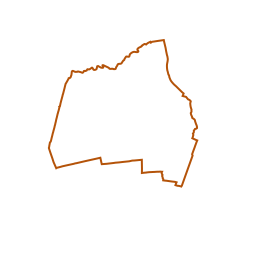 outline of Maracineni, Buzau, Romania, rotated 233°
{"feature_id": "2599482B67036070317980", "entity_name": "Maracineni", "entity_type": "district", "adm_level": 2, "iso_a3": "ROU", "parent_name": "Romania", "parent_adm1": "Buzau", "projection": "albers", "projection_center": [26.812, 45.202], "detail": "fine", "context": "isolated", "style": "outline", "palette": "amber", "viewbox_px": 256, "rotation_deg": 233, "n_neighbors": 0, "source": "geoboundaries", "source_scale": "gbopen_adm2", "svg_char_len": 4854}
<svg xmlns="http://www.w3.org/2000/svg" viewBox="0 0 256 256"><g transform="rotate(233 128 128)"><path d="M176.7,209.5L178.0,207.1L179.7,204.0L181.2,201.2L182.4,199.0L182.4,197.6L182.8,197.6L183.4,197.7L183.9,195.1L183.9,193.6L183.8,192.7L184.2,192.5L184.9,192.1L185.2,191.6L185.2,191.1L185.3,190.6L185.4,189.0L185.4,188.4L185.1,188.2L185.1,187.1L185.5,185.6L185.6,184.2L185.3,183.0L184.7,182.5L183.6,182.6L183.0,182.4L182.8,182.1L182.8,181.6L183.1,180.9L183.9,180.0L185.2,178.7L185.7,177.5L185.9,176.2L185.9,175.0L185.7,173.8L184.8,172.7L184.4,172.1L184.4,171.8L184.4,171.6L184.7,171.2L185.2,170.6L185.8,170.1L186.1,169.7L186.1,169.4L186.0,168.9L185.7,168.2L185.5,167.4L185.1,166.6L184.7,166.1L184.6,165.7L184.6,165.2L184.7,164.9L184.3,163.6L183.6,161.8L183.6,161.4L183.7,161.0L183.9,160.5L184.6,159.5L184.9,158.9L185.0,158.4L184.9,158.1L184.7,157.5L184.4,157.2L184.3,156.9L184.2,156.7L183.7,155.2L183.4,154.8L183.1,154.3L182.8,153.9L182.7,153.7L182.8,153.2L183.1,152.7L183.6,152.1L183.9,151.7L184.3,151.6L184.6,151.3L185.0,150.9L185.2,150.5L185.3,150.2L185.9,149.4L186.5,148.9L187.4,148.9L188.4,148.5L190.1,147.6L192.0,146.6L192.8,146.2L193.3,145.8L193.4,145.4L193.2,145.2L192.1,145.0L191.4,144.8L191.2,144.3L191.4,143.9L192.3,142.9L194.3,141.9L195.5,141.4L195.8,140.6L195.4,140.0L194.5,139.0L194.0,138.3L194.0,137.6L194.2,136.8L194.6,136.1L195.2,135.6L196.0,135.6L197.0,135.8L197.7,135.7L198.0,135.3L197.9,134.0L198.0,133.0L198.2,132.1L198.6,131.7L199.2,131.2L199.3,130.9L199.3,130.6L199.0,130.1L198.8,129.5L199.0,128.9L199.1,128.4L199.5,127.9L199.8,127.6L200.0,127.2L200.0,126.9L199.7,126.4L199.5,126.0L199.4,125.4L199.5,124.9L200.0,124.5L200.7,124.1L201.3,123.7L201.6,123.4L202.0,123.1L202.9,122.4L203.3,122.0L203.3,121.6L203.7,120.9L204.3,120.0L204.6,119.6L205.2,119.3L205.8,118.9L206.6,118.5L207.0,118.0L207.0,117.8L207.0,117.5L206.8,117.1L206.6,116.8L206.4,116.6L206.0,116.3L205.5,115.8L205.0,115.3L204.6,114.9L204.3,114.6L204.1,114.2L203.4,113.2L203.1,112.7L203.0,112.4L203.0,111.8L203.0,111.6L203.2,111.4L203.3,111.1L203.4,110.9L203.5,110.6L203.3,110.3L203.0,110.0L202.7,109.2L202.1,107.9L201.7,106.9L201.2,105.8L200.8,104.7L200.6,104.5L199.5,103.1L198.1,101.4L194.2,96.5L194.0,96.1L192.9,94.8L190.1,91.2L188.1,88.7L187.1,87.6L186.7,87.1L186.4,86.8L186.3,86.6L186.4,85.9L185.7,85.6L184.5,84.1L184.4,84.0L184.1,83.6L183.4,82.7L183.0,82.1L182.1,81.0L181.7,80.4L178.8,76.9L178.6,76.6L177.6,75.4L176.2,73.8L175.6,73.0L174.6,71.9L173.8,70.8L173.1,70.0L172.6,69.4L170.9,67.2L170.6,66.8L170.4,66.5L170.0,66.1L169.7,65.7L169.0,64.7L167.4,62.8L165.9,60.9L164.8,59.6L164.0,58.6L163.6,58.0L163.6,57.7L163.5,57.2L163.4,56.9L163.2,56.7L162.1,55.5L161.4,54.7L160.8,54.1L160.3,53.6L159.9,53.1L159.7,52.8L159.2,52.6L155.1,51.2L149.2,49.3L145.5,48.0L139.1,46.5L139.1,46.8L138.8,47.8L138.7,48.0L137.5,50.9L136.9,52.5L135.6,55.4L134.5,57.8L132.1,63.0L131.5,64.6L131.0,65.5L127.5,73.4L122.4,84.6L120.9,88.0L116.1,85.8L114.9,85.3L112.2,89.5L108.7,95.5L107.9,97.0L106.0,100.0L103.9,103.6L100.7,108.9L99.5,111.6L99.0,112.4L98.1,113.7L97.0,115.5L94.3,119.9L87.0,114.6L83.7,112.0L82.2,114.6L81.7,115.3L81.5,115.6L81.2,116.3L79.8,118.6L76.8,123.0L75.7,124.7L74.2,126.8L73.7,127.6L73.4,127.8L72.6,128.8L72.5,128.6L72.0,128.1L71.8,127.9L71.5,127.6L71.4,127.6L71.0,127.5L70.6,127.4L70.4,127.4L70.2,127.4L69.9,127.4L69.6,127.2L69.3,126.5L69.1,126.4L68.9,126.3L68.5,126.2L68.4,126.1L68.2,126.1L67.7,126.0L67.5,125.9L67.2,125.7L66.8,125.4L65.9,125.4L65.5,125.1L65.0,124.6L63.9,125.7L63.7,125.9L63.6,126.0L63.3,126.3L63.2,126.5L62.9,126.8L62.6,127.1L62.0,127.7L61.5,128.2L60.8,128.9L60.0,129.7L58.4,131.3L57.5,132.3L56.9,132.9L56.5,133.2L56.4,133.4L55.4,134.1L55.0,133.3L53.8,131.5L53.5,131.7L53.4,131.8L52.0,132.8L51.7,133.2L51.0,133.9L50.2,134.6L49.9,134.8L49.7,135.0L49.2,135.3L49.6,136.4L52.5,140.8L60.8,153.4L67.1,163.0L67.3,163.1L68.1,163.2L68.5,163.5L70.4,166.4L72.7,170.0L73.0,170.4L75.9,174.9L76.4,175.8L77.2,175.3L78.5,174.6L81.1,173.2L81.7,174.2L82.7,175.4L83.0,175.9L83.5,176.2L84.5,176.5L84.8,177.7L85.1,178.1L85.3,178.3L86.3,179.0L86.5,179.9L86.9,181.0L86.4,182.1L86.4,183.0L87.2,183.7L88.8,184.4L89.8,184.6L92.0,185.3L92.9,185.6L93.7,186.0L94.4,186.2L94.8,186.2L95.2,186.1L95.7,186.0L97.1,185.5L97.5,185.4L97.7,185.5L98.1,185.8L98.7,186.0L100.2,186.3L101.8,186.9L102.2,187.2L102.6,188.2L102.9,188.6L103.6,189.0L104.3,189.7L105.9,190.3L106.8,190.6L108.2,191.3L110.2,192.5L111.6,194.2L113.4,194.0L114.8,193.2L117.9,193.1L120.7,190.9L122.1,193.2L124.2,192.7L126.3,192.4L132.4,191.5L134.3,191.1L135.5,190.9L137.9,190.7L140.0,190.7L141.1,190.9L143.7,191.6L144.6,192.1L145.6,192.5L146.2,192.4L146.5,192.5L149.0,193.6L150.4,194.1L152.0,195.0L153.4,195.9L154.6,196.8L155.4,197.5L156.6,198.8L157.7,200.0L158.8,201.0L159.0,201.2L159.7,201.6L161.4,202.5L163.0,203.1L166.4,204.7L169.3,206.2L175.0,208.7L176.7,209.5Z" fill="none" stroke="#b45309" stroke-width="2"/></g></svg>